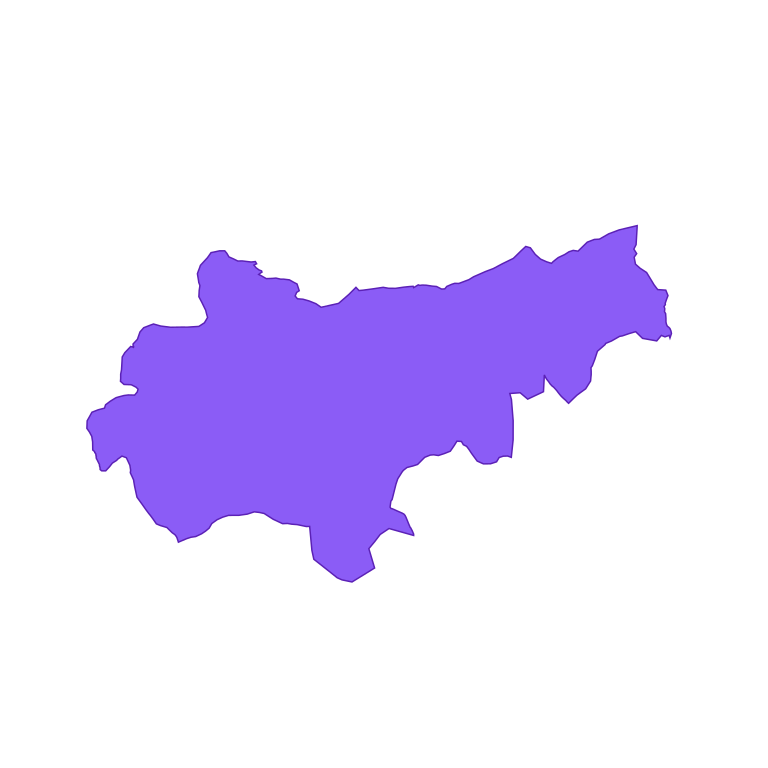 the district of Shiroro, Niger, Nigeria, rotated 252°
{"feature_id": "59680162B70265669805684", "entity_name": "Shiroro", "entity_type": "district", "adm_level": 2, "iso_a3": "NGA", "parent_name": "Nigeria", "parent_adm1": "Niger", "projection": "mercator", "projection_center": [6.713, 10.082], "detail": "fine", "context": "isolated", "style": "filled", "palette": "violet", "viewbox_px": 768, "rotation_deg": 252, "n_neighbors": 0, "source": "geoboundaries", "source_scale": "gbopen_adm2", "svg_char_len": 5267}
<svg xmlns="http://www.w3.org/2000/svg" viewBox="0 0 768 768"><g transform="rotate(252 384 384)"><path d="M297.1,139.6L297.9,148.5L297.9,153.1L297.1,157.8L297.9,164.2L299.2,168.8L300.9,173.1L304.5,177.1L306.5,183.3L307.2,189.4L307.1,195.6L304.0,205.2L302.5,213.8L302.5,221.1L300.4,225.7L297.9,230.0L289.6,236.8L282.5,244.4L281.2,249.1L279.2,252.9L277.1,258.0L272.5,266.0L271.5,269.3L248.0,264.0L239.0,263.1L225.7,272.0L214.2,279.6L210.7,283.5L205.6,292.4L211.9,318.2L232.1,318.7L237.0,326.5L242.1,333.9L245.0,344.1L230.8,365.4L231.4,365.6L232.1,365.8L233.1,365.7L235.7,365.5L237.8,365.1L238.8,365.0L239.5,364.6L243.9,364.2L247.0,364.0L249.2,363.8L249.4,363.8L249.7,363.8L250.7,363.7L251.2,363.6L251.7,363.5L252.2,363.5L252.7,363.3L253.1,363.2L253.6,363.0L254.0,362.8L254.4,362.5L254.7,362.2L255.1,361.8L255.5,361.5L256.1,360.8L259.2,357.3L261.7,354.6L262.3,353.9L262.6,353.5L262.9,353.2L263.1,352.8L263.3,352.5L263.4,352.2L265.0,351.7L270.4,354.3L271.6,356.0L285.0,364.4L289.6,367.8L292.9,371.8L293.9,373.0L294.6,373.8L294.9,374.3L295.0,374.5L295.8,375.5L297.5,380.1L297.1,386.1L297.1,391.1L301.7,400.1L302.1,406.0L301.3,409.4L299.2,413.6L299.2,420.0L299.6,426.3L303.8,431.8L307.1,435.7L305.4,439.9L301.7,440.7L299.2,443.3L295.4,444.6L291.0,445.8L281.9,448.8L277.3,453.9L275.2,460.7L275.2,467.0L278.5,470.8L278.5,475.1L277.3,479.3L274.9,482.4L290.9,489.5L309.2,495.5L329.8,500.4L336.1,500.7L333.6,510.8L325.2,516.0L327.4,533.3L343.1,539.3L341.3,539.5L338.5,540.1L335.3,541.3L332.8,542.0L330.2,543.2L328.5,544.4L326.3,545.4L324.2,546.3L322.1,547.0L319.7,547.9L317.5,548.8L315.8,549.7L314.2,550.6L312.2,551.8L310.2,552.7L308.6,553.6L311.6,559.6L313.8,564.2L315.3,568.7L317.1,574.3L323.0,581.4L326.8,583.0L328.8,583.9L330.0,584.3L332.2,585.0L335.6,585.9L336.9,587.7L342.2,592.0L349.2,597.1L353.2,606.5L354.1,607.3L354.6,613.6L355.8,619.4L356.5,622.8L356.1,625.5L356.2,632.7L356.0,639.5L347.5,644.0L340.7,656.7L344.5,662.8L342.0,665.8L342.1,670.2L339.4,670.2L343.2,673.0L345.7,673.3L348.4,673.1L349.7,672.5L351.5,671.3L353.5,671.1L355.8,671.3L359.2,672.4L363.9,673.6L366.1,673.1L368.8,674.3L371.2,674.3L372.5,676.1L373.9,676.4L377.6,679.2L380.3,681.4L386.2,681.0L386.8,679.5L389.2,673.5L391.1,672.8L395.5,671.3L395.8,671.3L408.9,668.2L415.0,663.3L420.3,660.2L427.3,661.1L429.9,664.6L435.1,663.3L438.6,666.8L454.4,673.0L456.4,673.7L457.9,655.3L457.4,644.2L455.2,633.6L456.5,628.7L456.1,621.2L450.4,609.6L452.6,605.2L452.6,600.8L451.3,595.9L450.4,588.8L449.2,585.5L448.0,582.4L447.0,580.6L450.0,576.4L454.4,571.5L460.5,567.9L468.3,565.3L471.0,561.3L468.3,555.5L464.9,548.7L463.5,545.8L461.8,533.8L460.0,523.6L459.6,515.2L458.3,502.3L457.0,497.0L456.5,486.3L457.9,482.3L457.9,479.2L457.4,473.9L455.7,471.2L456.5,468.1L460.5,464.1L462.2,460.1L464.9,454.7L466.3,450.9L466.7,448.6L467.7,447.2L467.1,444.6L466.5,442.0L467.9,441.9L468.8,438.4L470.1,432.2L471.4,424.6L473.6,418.0L476.2,413.1L478.0,402.4L479.7,393.1L480.6,389.1L484.6,387.2L480.1,378.4L474.7,365.7L476.4,347.9L481.4,344.1L486.0,338.6L486.9,337.3L489.7,333.1L491.8,328.0L495.2,326.7L496.3,327.7L498.1,329.2L498.9,332.2L506.0,332.2L508.5,329.7L512.3,326.2L514.8,320.8L515.6,318.2L518.1,314.0L519.0,310.2L520.6,304.6L524.8,300.8L526.9,298.7L527.7,300.8L528.1,302.5L529.4,302.5L531.1,300.4L534.0,298.3L537.3,297.0L537.5,298.2L537.7,300.0L540.2,299.5L540.7,297.1L541.1,295.3L544.9,287.1L546.1,283.0L549.4,279.6L552.8,275.8L556.9,274.9L559.9,273.7L561.5,268.6L562.0,263.5L562.4,260.1L560.2,257.2L558.6,255.0L553.6,246.1L551.1,244.2L548.9,242.4L546.5,240.6L539.3,239.5L537.8,239.2L536.2,239.3L534.4,239.3L531.4,237.8L530.2,237.2L528.9,236.7L524.2,234.9L517.8,236.0L515.6,236.3L510.6,237.0L509.4,237.2L505.1,236.9L501.8,236.8L499.7,234.4L497.7,232.1L496.9,229.1L496.0,225.7L498.8,214.7L500.5,209.6L503.9,198.6L508.1,189.6L512.3,183.3L512.2,180.3L511.8,172.9L508.9,168.0L502.7,163.3L499.6,157.7L499.4,157.6L498.3,157.4L498.0,157.3L497.5,157.4L497.1,157.4L496.7,157.4L496.2,157.0L496.3,156.8L496.5,156.7L496.8,156.5L497.1,156.2L497.3,156.0L497.4,155.5L497.6,155.1L497.7,154.9L497.7,154.7L497.9,154.6L493.9,147.2L490.6,143.4L484.1,140.9L481.8,140.0L478.5,138.7L474.7,136.6L470.7,135.3L468.0,134.2L463.9,136.6L461.4,143.4L457.6,147.2L455.1,148.5L452.6,146.8L450.5,143.4L452.6,137.4L453.4,133.2L453.7,127.9L453.8,125.1L453.6,124.0L452.2,118.3L450.8,114.3L450.3,112.8L447.4,110.7L447.8,104.3L447.4,97.5L444.3,94.2L442.0,91.7L440.7,90.3L439.6,89.9L433.6,87.7L431.7,88.3L429.4,89.0L424.4,89.9L422.8,89.6L419.0,89.0L411.2,86.6L410.6,87.0L409.4,87.7L408.5,87.9L408.1,87.7L407.7,88.0L406.6,88.3L406.2,88.3L405.8,88.1L405.4,88.0L405.2,88.1L404.8,88.1L404.7,88.0L404.4,88.0L404.2,87.9L404.0,88.0L403.9,88.0L403.6,87.7L403.1,87.6L401.8,87.4L401.4,87.6L396.6,88.3L395.5,88.5L393.9,88.1L392.1,88.1L390.4,87.6L388.7,88.6L387.4,92.5L390.2,97.5L392.7,101.2L393.9,105.8L393.9,106.0L394.8,107.5L396.4,112.5L393.5,116.2L385.2,117.2L380.3,116.4L378.0,115.3L372.9,115.9L370.1,116.2L368.5,115.9L365.1,115.4L363.7,115.2L355.8,114.4L352.6,114.1L347.1,115.9L344.0,116.9L337.5,118.9L335.5,119.6L333.7,120.2L331.4,121.1L329.7,121.7L326.6,122.7L321.3,124.3L319.4,126.5L318.4,127.7L316.6,130.3L314.6,133.2L312.2,134.4L310.7,135.2L308.0,136.6L305.3,138.6L303.0,139.4L301.7,139.6L297.1,139.6Z" fill="#8b5cf6" stroke="#5b21b6" stroke-width="1.5"/></g></svg>